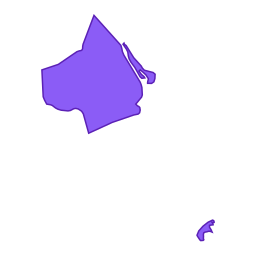 map outline of Sóc Trăng (Robinson projection)
{"feature_id": "VNM-508", "entity_name": "Sóc Trăng", "entity_type": "Province", "adm_level": 1, "iso_a3": "VNM", "parent_name": "Vietnam", "parent_adm1": "", "projection": "robinson", "projection_center": [106.207, 9.284], "detail": "fine", "context": "isolated", "style": "filled", "palette": "violet", "viewbox_px": 256, "rotation_deg": 0, "n_neighbors": 0, "source": "natural_earth", "source_scale": "10m", "svg_char_len": 1385}
<svg xmlns="http://www.w3.org/2000/svg" viewBox="0 0 256 256"><path d="M94.0,15.4L120.9,45.4L121.8,48.5L122.4,51.6L123.9,55.2L140.2,82.2L141.2,84.8L141.9,87.5L142.3,94.9L141.6,97.1L135.8,104.1L137.4,105.8L138.8,106.5L139.8,107.5L140.2,110.1L139.6,112.8L138.1,114.1L133.7,115.0L112.2,122.4L88.7,133.2L83.3,113.8L81.6,111.2L78.3,109.0L75.8,108.4L73.8,108.7L70.4,110.5L68.0,110.9L61.2,110.2L57.9,109.2L55.6,108.0L52.2,105.4L50.7,104.8L46.7,104.1L44.6,100.2L43.2,96.8L41.9,69.9L58.3,64.4L76.9,51.7L79.2,50.9L81.2,50.5L82.2,49.7L82.6,48.6L82.7,46.3L83.1,44.2L94.0,15.4ZM142.3,68.0L144.3,70.2L153.1,72.5L155.1,74.2L154.9,78.6L153.9,81.8L151.6,83.4L147.6,83.3L147.6,82.2L148.4,78.8L146.0,75.0L142.6,71.8L140.2,69.9L139.0,71.1L141.4,74.4L144.0,76.6L144.8,77.9L141.8,78.3L140.1,76.8L134.8,67.4L130.9,62.1L129.1,58.8L128.3,55.9L127.8,52.0L126.4,49.2L123.0,44.2L124.0,43.1L124.3,44.0L124.8,44.6L126.1,45.5L133.7,57.7L141.2,66.0L142.3,68.0ZM213.1,224.8L209.5,225.3L209.5,227.2L211.1,229.8L212.1,232.1L210.1,231.3L208.4,231.3L206.9,231.8L205.1,232.1L203.7,232.9L203.4,234.6L203.5,236.6L203.4,238.2L203.5,239.0L203.8,239.8L203.2,240.4L200.7,240.6L199.9,239.9L197.5,236.3L197.0,235.2L198.8,230.9L203.0,226.2L208.1,222.2L212.5,220.1L213.1,220.3L213.7,220.7L214.0,221.3L214.1,222.4L213.6,222.5L212.1,222.4L212.8,223.5L213.0,224.0L213.1,224.8Z" fill="#8b5cf6" stroke="#5b21b6" stroke-width="1.5"/></svg>